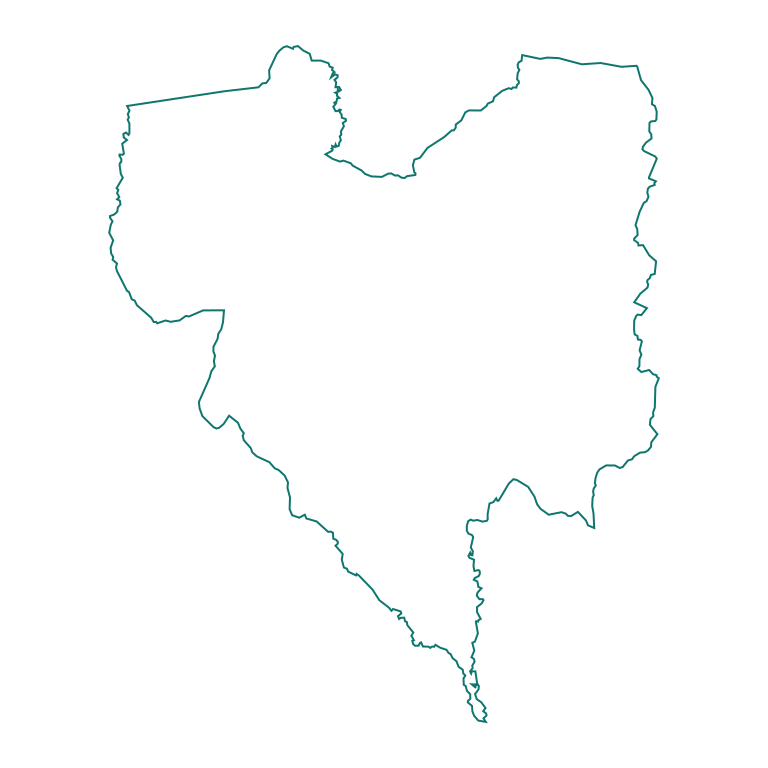 outline of Kabadougou, Denguélé, Ivory Coast
{"feature_id": "98640826B2974603948771", "entity_name": "Kabadougou", "entity_type": "district", "adm_level": 2, "iso_a3": "CIV", "parent_name": "Ivory Coast", "parent_adm1": "Denguélé", "projection": "natural_earth1", "projection_center": [-7.327, 9.255], "detail": "fine", "context": "isolated", "style": "outline", "palette": "teal", "viewbox_px": 768, "rotation_deg": 0, "n_neighbors": 0, "source": "geoboundaries", "source_scale": "gbopen_adm2", "svg_char_len": 6059}
<svg xmlns="http://www.w3.org/2000/svg" viewBox="0 0 768 768"><path d="M485.8,721.9L483.5,718.3L486.5,715.5L486.2,713.5L483.2,711.2L485.5,708.0L481.2,702.2L476.8,699.2L475.1,694.1L478.5,689.4L478.9,686.3L478.1,684.8L475.7,685.5L475.0,686.9L476.0,688.0L471.7,684.3L475.6,684.5L477.1,683.3L475.4,671.4L471.8,671.3L471.1,673.5L470.1,671.4L472.6,668.2L472.3,665.6L474.6,661.6L473.8,658.8L471.5,657.3L474.3,650.6L472.3,642.8L474.9,641.6L477.9,633.4L475.9,622.1L476.2,621.2L478.1,621.6L478.4,620.2L480.7,618.9L477.1,612.3L477.0,607.1L481.7,603.4L483.5,600.1L482.7,599.1L479.4,599.2L476.8,595.6L477.5,592.6L481.5,588.3L478.4,586.9L477.4,581.5L473.8,579.8L474.6,578.2L478.9,575.9L479.9,573.5L479.6,571.0L478.6,570.1L474.4,570.9L473.5,566.2L474.0,559.7L469.6,557.9L468.4,555.9L470.2,552.6L471.1,555.1L472.4,555.3L472.8,551.2L470.8,547.5L473.2,537.1L472.0,535.1L468.3,533.5L466.8,530.5L466.8,526.0L468.2,521.2L470.8,519.6L473.1,520.7L477.3,520.0L482.5,521.6L486.7,520.9L487.7,519.4L487.6,514.3L489.5,503.5L493.4,502.1L496.2,498.3L497.4,500.8L498.6,500.7L508.8,483.6L513.4,479.2L516.8,480.0L528.1,486.8L534.4,496.5L537.1,504.2L540.5,508.8L548.7,514.7L561.5,512.2L565.9,513.7L567.8,515.8L571.0,516.1L577.9,511.9L586.0,520.5L588.0,525.3L594.2,528.0L593.5,513.5L592.2,506.1L592.6,497.7L593.8,495.1L593.1,491.7L593.7,488.5L595.8,485.5L594.9,483.1L595.5,478.2L597.2,472.7L599.5,469.4L606.2,465.4L615.0,465.5L619.7,468.0L622.7,467.0L627.9,460.5L632.0,459.3L634.2,456.2L640.1,452.6L645.0,452.2L648.0,450.5L651.0,446.8L651.3,442.3L657.4,434.2L649.9,424.8L650.5,419.0L653.3,416.2L653.1,412.3L654.8,407.7L655.4,386.8L658.8,378.2L656.8,376.8L656.5,375.2L653.0,374.2L649.2,370.0L641.3,372.0L637.7,368.8L639.4,366.2L639.5,359.0L641.4,354.7L639.6,350.3L641.9,341.3L640.6,339.8L637.9,339.5L637.5,336.0L634.7,334.4L634.1,330.0L634.2,320.8L636.1,316.0L637.6,314.6L641.3,315.1L646.9,308.1L634.2,302.3L640.3,293.7L647.5,287.6L648.2,284.3L647.1,282.1L647.4,280.2L649.8,278.1L650.9,274.9L654.7,274.0L656.1,261.3L649.2,255.3L643.0,245.1L638.5,245.5L638.1,243.0L634.1,240.1L634.3,238.4L637.6,235.1L637.2,228.9L635.5,225.2L639.6,211.8L643.8,202.9L646.5,201.2L648.5,196.8L647.3,192.7L647.9,188.7L649.7,186.7L654.7,184.9L654.3,183.2L655.9,181.3L649.0,178.4L649.0,177.3L656.8,158.6L655.2,156.5L644.1,151.1L642.4,149.2L642.9,146.8L646.0,142.6L651.5,138.5L651.2,134.2L649.3,131.5L649.5,122.8L651.1,121.4L655.2,121.0L656.4,119.6L656.7,111.6L654.9,106.0L651.9,104.2L652.5,98.1L648.5,89.8L641.0,80.1L637.2,66.6L636.5,65.8L621.4,66.8L600.6,63.0L581.9,64.3L558.6,58.1L547.3,57.6L540.3,58.9L522.2,55.1L521.5,60.9L518.7,62.3L517.6,65.0L518.0,67.9L519.4,69.8L517.7,73.3L517.1,79.3L518.8,81.3L518.9,83.1L517.0,85.0L516.4,87.6L512.9,87.5L511.5,89.0L508.8,88.2L502.3,90.8L494.1,97.3L493.0,101.3L487.8,103.6L486.5,106.0L480.8,110.5L469.0,110.4L465.3,112.4L461.3,120.4L455.8,124.5L455.7,127.7L453.9,130.3L451.7,130.4L444.1,137.1L427.5,147.9L420.0,157.8L414.4,159.6L412.9,165.2L414.3,172.4L415.5,173.3L415.3,175.0L407.2,176.1L404.6,178.0L401.6,177.7L397.9,175.3L395.1,175.6L391.1,173.4L388.1,173.7L381.9,176.9L371.4,176.4L365.0,173.9L361.6,170.5L352.6,165.6L350.9,163.3L343.4,160.6L340.0,161.6L332.7,158.9L325.5,154.3L332.3,150.6L332.7,149.6L331.6,148.6L332.6,147.9L332.2,146.0L334.9,147.0L335.6,144.4L336.6,146.5L338.7,145.9L339.4,142.4L340.9,140.3L339.7,136.4L341.3,134.7L340.9,131.5L343.9,126.2L342.8,123.0L346.0,120.8L345.7,119.0L341.8,117.8L341.7,115.0L339.6,111.7L340.8,110.0L339.7,109.5L337.5,111.1L335.5,111.1L333.3,106.8L336.0,103.5L335.0,102.5L333.4,103.0L336.5,101.7L337.0,98.6L339.4,98.0L336.9,95.7L337.2,93.7L335.3,92.7L337.7,91.8L337.8,89.2L339.1,91.2L340.9,90.0L339.0,86.9L335.5,87.2L336.2,82.3L334.5,79.9L337.5,77.4L337.7,75.3L335.1,74.3L331.1,77.4L332.8,73.3L334.5,72.1L332.0,69.9L332.7,67.7L329.7,66.6L328.5,63.2L320.8,60.6L311.7,60.6L309.7,53.8L303.2,50.5L298.0,46.1L293.7,46.9L293.0,48.8L286.8,46.2L283.3,47.4L279.3,50.8L276.7,54.1L269.1,70.4L269.6,78.3L266.2,83.0L262.3,83.4L258.5,87.3L224.8,91.2L127.1,106.0L129.5,110.7L127.8,114.0L128.9,117.4L127.7,119.7L129.4,123.6L129.4,133.4L128.5,134.9L126.0,132.5L123.4,134.0L123.8,137.5L127.0,140.0L122.2,143.7L123.9,153.6L122.7,154.8L119.6,154.5L119.3,155.4L121.4,159.3L121.2,162.1L119.9,163.1L119.6,164.9L120.8,173.9L122.8,177.7L116.6,188.2L118.3,189.8L117.1,193.2L119.3,197.1L117.1,199.3L119.8,200.6L120.5,204.3L117.8,207.5L117.3,211.7L114.2,214.5L109.9,216.1L110.1,217.9L112.5,221.3L110.8,224.7L109.2,232.8L113.2,240.4L110.6,247.7L111.1,253.3L113.2,257.0L112.6,259.7L117.0,263.5L116.0,267.3L116.9,270.9L127.0,290.8L129.1,292.1L131.7,299.2L134.7,300.6L136.9,305.2L151.1,317.6L153.8,322.1L156.1,321.9L157.2,323.3L165.5,320.5L170.7,321.8L179.6,320.4L185.9,315.9L188.9,316.5L203.1,310.4L224.0,310.3L223.0,322.3L221.2,329.4L218.3,333.8L217.6,338.8L213.5,346.7L213.4,351.4L215.0,355.7L213.9,361.0L214.8,366.4L211.3,371.3L209.5,378.0L198.9,402.0L199.6,408.4L202.4,416.1L213.4,427.0L216.3,428.5L219.2,427.8L223.7,423.9L229.1,415.7L238.0,422.8L240.4,428.6L243.8,433.2L242.7,435.7L243.8,440.2L250.8,448.1L252.3,452.3L256.7,456.3L269.4,462.2L274.7,468.3L278.6,470.0L284.6,475.5L288.0,482.4L287.5,487.9L290.0,497.5L289.6,509.1L292.1,515.2L299.2,517.7L304.8,514.7L306.4,518.5L316.7,521.5L328.2,531.9L330.6,531.6L332.9,532.7L333.3,538.7L336.1,539.8L337.9,542.0L337.7,543.8L335.5,545.7L342.7,553.9L341.8,559.7L343.9,567.5L346.9,568.7L348.2,571.6L356.0,575.4L356.6,573.9L359.0,575.6L372.6,589.7L379.3,600.2L388.9,607.6L391.5,610.8L393.0,609.0L400.6,611.4L401.3,613.4L398.0,616.1L399.1,619.0L400.8,617.8L404.2,617.7L405.1,621.3L406.9,622.2L407.3,625.1L413.3,632.5L411.4,635.8L413.9,640.2L412.3,640.8L413.1,644.0L415.2,645.8L418.7,645.6L419.8,643.1L421.1,642.4L422.9,646.5L428.8,646.7L430.2,647.9L432.2,646.5L434.1,646.8L435.4,644.8L440.2,647.7L446.5,649.8L448.6,653.0L450.6,654.1L452.7,658.3L456.4,661.1L458.6,666.8L462.7,669.7L463.3,673.5L465.3,675.5L463.5,678.5L463.8,684.8L465.7,686.1L467.0,691.0L470.2,694.1L470.3,698.8L468.0,700.9L467.8,702.4L472.0,705.9L472.4,711.4L474.1,715.7L478.3,720.6L485.8,721.9Z" fill="none" stroke="#0f766e" stroke-width="2"/></svg>